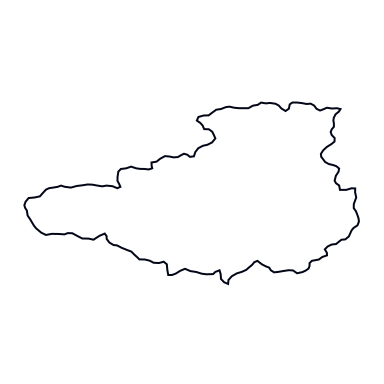 outline of Nova Era, Minas Gerais, Brazil, rotated 271°
{"feature_id": "56859067B46168971865721", "entity_name": "Nova Era", "entity_type": "district", "adm_level": 2, "iso_a3": "BRA", "parent_name": "Brazil", "parent_adm1": "Minas Gerais", "projection": "equal_earth", "projection_center": [-43.01, -19.695], "detail": "fine", "context": "isolated", "style": "outline", "palette": "ink", "viewbox_px": 384, "rotation_deg": 271, "n_neighbors": 0, "source": "geoboundaries", "source_scale": "gbopen_adm2", "svg_char_len": 2947}
<svg xmlns="http://www.w3.org/2000/svg" viewBox="0 0 384 384"><g transform="rotate(271 192 192)"><path d="M157.9,33.1L155.3,34.8L153.0,36.7L150.8,39.4L148.7,42.0L146.5,46.7L147.7,52.5L147.7,59.9L147.4,65.2L148.7,68.4L148.7,73.0L146.2,77.8L143.6,83.1L143.6,89.4L142.6,94.4L144.6,97.3L146.7,100.5L148.9,105.5L146.3,107.4L143.6,107.5L140.0,110.3L137.6,114.5L137.3,118.0L135.0,122.6L133.0,127.8L131.3,132.5L128.6,135.2L125.8,138.4L123.7,140.6L123.7,145.9L122.6,150.9L120.6,154.8L120.4,160.2L121.8,164.9L119.3,168.1L113.6,168.7L108.6,169.7L108.7,173.5L110.1,177.1L113.1,181.8L115.1,186.4L112.9,191.7L112.1,197.7L110.5,203.1L110.0,207.5L110.1,211.0L110.3,214.6L112.5,216.7L114.2,220.9L110.3,222.1L105.6,222.5L102.3,225.7L100.7,229.7L104.7,230.0L108.5,233.3L111.4,238.2L113.1,243.4L115.1,247.6L117.4,250.1L120.3,253.5L122.9,255.5L124.3,258.6L121.0,263.0L119.0,267.0L117.7,270.5L115.1,272.2L113.1,275.5L113.6,279.5L114.6,284.7L115.5,290.1L115.3,294.5L112.6,298.4L113.8,303.7L115.4,307.0L117.5,309.9L120.1,310.8L123.0,310.8L125.3,313.1L126.7,320.0L129.3,323.4L131.0,328.1L133.6,327.9L137.0,325.8L139.9,328.6L141.9,332.5L142.5,337.0L144.9,339.8L146.9,342.3L147.3,346.1L150.3,349.6L153.8,351.1L156.5,352.3L158.9,354.2L161.5,358.0L165.2,359.4L168.5,359.0L172.1,357.7L175.5,356.3L178.7,354.0L182.8,354.0L189.4,356.3L194.5,355.1L198.4,355.1L198.5,351.5L196.8,346.1L196.7,339.9L201.1,339.0L203.3,335.8L205.8,334.4L210.8,335.6L214.7,338.1L218.0,338.7L220.3,335.9L221.4,332.7L222.3,328.4L224.3,324.6L227.2,322.4L229.4,320.6L232.3,320.2L235.9,322.4L239.4,326.0L242.3,330.5L244.9,333.6L248.4,333.7L251.4,330.7L254.4,329.6L257.2,330.7L259.6,332.7L263.0,332.7L265.9,332.1L268.8,332.5L272.2,334.2L275.0,337.5L277.5,339.0L278.3,335.4L277.9,330.5L278.6,325.4L277.0,321.9L275.7,318.6L277.4,315.0L280.5,312.7L282.4,309.1L282.0,305.0L282.8,300.4L283.3,295.3L283.2,290.8L281.3,288.2L277.0,287.4L274.6,284.1L277.1,279.9L280.0,277.2L281.7,273.9L282.4,268.4L281.9,264.3L282.6,259.5L280.3,256.3L279.4,251.4L276.8,247.0L276.7,242.2L276.6,237.7L277.0,232.7L278.0,227.9L277.4,224.2L275.5,219.6L274.7,214.8L271.6,210.7L268.9,207.3L268.7,202.3L267.1,197.1L263.5,195.6L261.2,199.1L258.6,201.5L255.1,203.1L255.0,207.8L252.6,211.2L249.5,212.8L246.0,214.4L241.9,211.2L239.5,206.6L238.4,202.1L235.9,197.5L232.0,194.6L227.7,193.3L227.1,189.3L229.2,186.7L230.1,183.3L228.6,180.4L226.7,177.3L226.3,173.0L227.1,168.7L227.4,164.3L224.7,159.6L221.7,156.0L220.8,151.0L217.5,151.2L215.0,151.8L213.8,148.3L214.2,144.3L214.2,139.7L214.7,135.8L216.3,130.7L214.5,125.7L213.8,120.5L211.1,118.0L205.9,117.3L201.8,117.3L198.8,119.0L195.9,120.3L194.5,117.2L196.4,112.4L196.9,106.5L196.1,102.1L196.8,97.1L197.6,92.3L197.7,87.6L196.7,81.7L196.0,76.7L194.3,70.8L195.0,64.6L196.1,61.0L194.8,57.5L194.0,53.1L193.3,49.0L191.8,45.9L188.4,42.9L185.0,40.0L183.8,34.9L183.1,28.7L179.4,25.8L175.9,24.6L173.3,25.4L170.5,27.2L165.5,28.1L161.7,30.8L157.9,33.1Z" fill="none" stroke="#020617" stroke-width="2"/></g></svg>